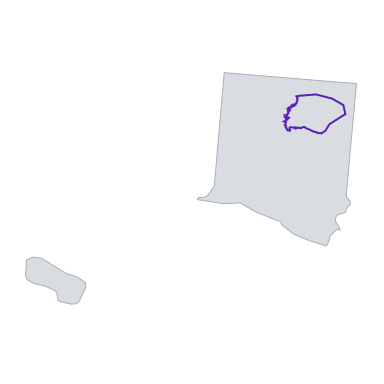 Aconibe, Wele-Nzás, Equatorial Guinea shown in context, rotated 275°
{"feature_id": "11065452B89932418637458", "entity_name": "Aconibe", "entity_type": "district", "adm_level": 2, "iso_a3": "GNQ", "parent_name": "Equatorial Guinea", "parent_adm1": "Wele-Nzás", "projection": "equal_earth", "projection_center": [10.91, 1.339], "detail": "fine", "context": "in_parent", "style": "outline", "palette": "violet", "viewbox_px": 384, "rotation_deg": 275, "n_neighbors": 0, "source": "geoboundaries", "source_scale": "gbopen_adm2", "svg_char_len": 5328}
<svg xmlns="http://www.w3.org/2000/svg" viewBox="0 0 384 384"><g transform="rotate(275 192 192)"><path d="M313.7,213.7L313.8,240.0L313.9,262.3L314.0,286.3L314.1,311.4L314.2,332.7L314.3,346.4L297.0,346.3L274.1,346.2L251.2,346.1L228.2,346.0L216.7,346.0L204.0,345.9L199.9,346.6L197.1,350.1L193.8,350.9L189.9,347.9L185.1,346.5L183.8,343.5L181.4,337.9L176.7,337.3L174.4,337.9L170.9,341.1L167.1,342.7L167.9,340.2L160.3,333.3L154.9,332.7L149.9,330.6L153.9,312.7L159.0,296.9L166.6,285.0L170.6,282.1L171.9,276.2L177.9,256.8L185.4,241.0L183.1,225.0L184.9,198.2L187.0,198.9L187.4,201.5L187.9,205.2L190.7,208.5L200.0,213.7L227.5,213.7L244.0,213.7L268.3,213.7L294.1,213.7L313.7,213.7ZM95.2,33.1L97.3,33.5L109.9,33.1L113.3,39.1L112.9,47.9L99.9,73.7L97.5,84.6L92.5,93.8L88.1,94.5L73.2,89.1L70.6,85.9L69.7,81.4L71.2,71.2L72.3,68.0L79.5,66.1L81.8,64.4L85.6,53.3L86.9,43.2L90.1,35.6L95.2,33.1Z" fill="#d9dde1" stroke="#a8b0b8" stroke-width="1"/><path d="M262.5,281.1L262.3,281.2L262.1,281.3L261.9,281.5L261.8,281.9L261.8,282.0L261.6,282.7L261.6,284.2L262.0,284.5L262.4,284.3L262.8,284.0L263.2,283.8L263.8,283.5L264.2,283.5L264.7,283.7L265.1,284.1L265.1,284.6L265.2,285.3L265.1,285.7L264.9,286.4L264.9,287.0L265.0,287.5L265.2,288.1L265.4,288.6L265.4,289.4L264.2,289.5L264.3,289.8L264.5,290.0L264.6,290.4L264.7,290.5L264.8,290.5L265.0,290.9L265.1,291.0L265.0,291.4L264.9,291.5L265.0,291.7L265.1,291.9L265.3,292.1L265.3,292.3L265.5,292.4L265.4,292.8L265.1,293.6L265.1,294.1L265.0,294.4L265.1,294.6L265.2,295.1L265.4,295.2L265.5,295.3L265.5,295.6L265.8,296.0L266.0,296.3L266.2,296.6L266.3,297.0L266.4,297.3L266.6,298.1L266.5,298.6L266.2,298.9L265.9,299.4L265.7,299.8L265.5,300.2L265.3,300.6L265.2,301.0L265.0,301.9L264.9,302.1L264.6,303.2L264.4,303.8L264.2,304.4L263.8,305.0L263.5,305.7L263.4,306.2L263.3,306.6L262.9,307.2L262.8,307.4L262.7,307.6L262.8,307.8L262.9,308.0L262.9,308.3L262.8,308.8L262.7,309.0L262.5,309.3L262.5,310.0L262.5,310.5L262.3,311.0L262.0,311.2L261.8,311.4L261.7,311.5L261.7,311.8L261.7,312.4L261.6,312.7L261.7,313.5L261.9,313.9L261.9,314.5L261.9,315.0L261.6,315.8L262.7,317.1L263.3,317.9L263.9,318.5L264.2,318.9L264.7,319.6L271.5,323.0L283.0,338.0L291.8,335.2L297.3,323.3L300.0,307.0L297.2,290.4L297.0,289.6L296.4,287.7L296.2,287.9L296.1,288.0L296.2,288.4L296.2,288.5L296.1,288.8L295.9,288.9L295.6,288.7L295.4,288.4L295.2,288.4L295.0,288.5L294.8,288.7L294.7,288.8L294.4,288.7L294.2,288.6L293.9,288.8L293.8,289.0L293.7,289.1L293.3,289.0L293.3,288.9L293.2,288.9L292.3,288.8L292.1,288.9L291.9,289.0L291.6,288.9L291.4,288.7L291.0,288.6L290.9,288.4L290.5,288.5L290.4,288.5L290.1,288.2L289.9,288.1L289.6,288.4L289.4,288.3L289.3,288.0L289.1,287.7L288.9,287.7L288.7,287.7L288.4,287.6L288.1,287.6L288.0,287.2L287.9,287.0L287.9,286.9L288.1,286.5L288.1,286.4L287.6,286.7L287.3,286.8L287.1,286.8L287.0,286.7L286.8,286.5L286.8,286.4L286.8,286.2L286.8,285.9L287.1,285.4L287.4,285.1L287.6,284.8L287.5,284.7L287.4,284.5L287.3,285.0L287.1,285.3L286.8,285.5L286.5,285.4L286.4,285.4L286.3,285.0L286.2,284.8L286.2,284.7L286.3,284.4L286.2,284.3L286.0,284.0L285.9,283.8L285.6,283.8L285.4,284.0L285.2,284.0L285.0,283.9L285.0,283.6L285.2,283.4L284.8,283.1L284.7,282.8L284.7,282.7L284.8,282.4L284.7,282.4L284.6,282.2L284.6,281.3L284.5,281.0L284.4,280.7L284.3,280.4L284.3,280.1L284.2,280.3L283.9,280.4L283.6,280.3L283.5,280.1L283.4,280.1L283.3,279.9L283.2,279.9L283.2,280.2L283.2,280.3L282.9,280.7L282.9,280.9L282.9,281.8L282.8,282.1L282.7,282.3L282.3,282.5L282.1,282.6L281.9,282.5L281.9,282.2L281.7,282.0L281.6,281.8L281.5,281.7L281.5,281.3L281.5,281.2L281.8,281.0L281.8,280.9L281.7,280.7L281.3,280.6L281.1,280.4L281.0,280.2L280.9,280.1L281.0,280.3L280.9,280.5L280.9,280.9L280.9,281.1L280.8,281.5L280.7,281.6L280.4,281.5L280.3,281.0L280.2,280.9L280.2,280.7L279.7,280.9L279.0,280.9L279.3,281.0L278.9,280.9L278.4,280.9L278.2,280.8L277.9,280.6L277.6,280.3L277.7,280.1L277.9,280.1L277.8,279.9L277.7,279.8L277.4,279.8L277.1,279.9L276.8,280.0L276.7,280.0L276.3,279.8L276.1,279.6L276.1,279.3L276.1,279.2L276.3,279.1L276.6,279.0L276.6,278.9L276.5,278.7L276.5,278.3L276.5,278.0L276.4,278.1L276.2,278.2L275.9,278.1L275.7,278.0L275.5,277.8L275.3,277.7L275.3,278.0L275.1,278.5L275.2,278.8L275.2,279.0L275.0,279.3L274.8,279.3L274.5,279.2L274.4,279.2L274.2,279.2L273.8,278.7L273.7,278.7L273.6,278.8L273.7,279.0L273.8,279.1L273.8,279.7L273.8,280.0L274.3,280.3L274.5,280.8L274.6,281.2L274.6,281.5L274.7,282.0L274.6,282.3L274.4,282.4L274.1,282.0L274.1,281.9L274.1,281.7L273.9,281.4L273.8,281.2L273.7,281.1L273.3,281.1L273.0,280.9L272.9,280.6L272.7,280.6L272.4,280.6L272.3,280.3L272.2,280.2L272.2,279.9L272.1,279.6L272.0,279.4L271.9,279.3L272.0,278.8L271.9,278.5L271.9,278.8L271.8,279.0L271.6,279.2L271.4,279.2L271.1,278.9L270.9,278.7L270.8,278.3L270.6,278.0L270.6,278.5L270.4,278.7L270.3,278.8L270.2,278.7L270.2,278.8L270.3,278.9L270.3,279.0L270.3,279.3L270.1,279.5L269.9,279.6L269.7,279.6L269.3,279.3L269.2,279.3L268.9,279.4L268.6,279.3L268.4,279.1L268.3,278.9L268.3,279.0L268.2,279.2L267.9,279.2L267.7,279.0L267.5,278.9L267.4,278.8L267.2,278.8L266.9,278.6L266.8,278.4L266.7,278.4L266.6,278.5L266.5,279.0L266.4,279.3L266.3,279.6L266.2,279.8L265.9,279.9L265.5,280.0L264.9,280.2L264.8,280.3L264.3,280.4L264.2,280.4L264.1,280.0L263.6,280.4L263.3,280.7L263.2,280.9L262.9,281.3L262.7,281.4L262.5,281.0L262.5,281.1Z" fill="none" stroke="#5b21b6" stroke-width="2"/></g></svg>